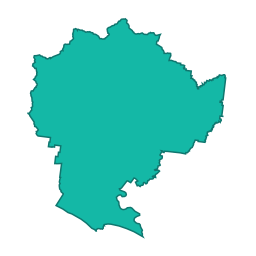 Richmond Valley, New South Wales, Australia, rotated 88°
{"feature_id": "25037944B67552272844427", "entity_name": "Richmond Valley", "entity_type": "district", "adm_level": 2, "iso_a3": "AUS", "parent_name": "Australia", "parent_adm1": "New South Wales", "projection": "albers", "projection_center": [153.029, -29.027], "detail": "fine", "context": "isolated", "style": "filled", "palette": "teal", "viewbox_px": 256, "rotation_deg": 88, "n_neighbors": 0, "source": "geoboundaries", "source_scale": "gbopen_adm2", "svg_char_len": 5737}
<svg xmlns="http://www.w3.org/2000/svg" viewBox="0 0 256 256"><g transform="rotate(88 128 128)"><path d="M224.1,120.1L223.7,122.1L223.1,123.2L221.3,125.0L220.1,125.2L218.4,124.7L217.8,124.0L216.6,122.1L215.7,119.4L214.2,119.4L211.5,123.9L208.2,126.9L207.5,128.3L207.7,131.4L209.0,133.2L209.4,135.2L209.1,136.8L208.3,138.0L207.4,138.7L204.4,139.7L201.6,139.8L199.5,141.5L196.8,142.0L195.1,140.1L194.5,138.3L194.8,137.4L196.4,136.2L196.3,133.7L195.5,132.4L194.2,132.0L192.5,132.6L191.6,133.9L190.0,137.8L189.3,138.5L188.4,138.7L188.2,137.4L187.6,136.5L181.0,131.0L180.9,130.1L182.7,127.2L178.2,123.7L178.8,122.3L181.3,120.1L182.4,122.4L186.1,120.8L185.6,119.7L186.9,117.9L185.8,117.0L185.7,115.5L185.3,114.8L183.5,114.6L183.0,114.1L183.1,113.2L184.3,112.5L184.3,111.5L183.6,110.7L181.3,110.1L181.3,109.2L179.9,108.1L179.8,105.3L179.5,104.6L178.6,104.1L177.4,105.2L176.8,104.5L176.8,103.6L178.2,103.0L178.4,102.1L176.7,102.4L175.5,102.2L174.5,100.5L172.2,98.0L171.4,98.7L171.1,100.3L171.4,102.4L170.8,102.9L170.4,102.4L170.2,100.4L168.4,99.5L167.0,99.3L166.6,97.5L166.2,97.1L163.9,98.0L162.1,97.4L161.4,97.8L160.7,97.2L159.8,95.2L158.9,94.8L157.2,94.7L156.7,96.6L156.1,97.0L152.3,94.8L151.9,95.2L152.0,94.6L153.6,93.8L153.7,92.8L152.5,92.6L152.8,89.2L154.6,76.8L155.9,71.3L154.6,71.0L154.8,69.8L154.4,69.0L153.3,68.4L153.1,67.4L152.4,67.5L150.5,66.1L149.6,64.5L146.9,63.1L145.6,63.1L144.9,62.4L142.4,61.3L142.9,58.3L143.9,58.4L145.0,51.6L144.1,51.1L143.4,51.4L142.9,51.1L142.7,51.4L142.2,50.7L141.6,50.7L140.4,50.0L138.9,50.4L138.2,48.6L137.6,49.0L137.2,48.7L136.3,49.1L134.9,48.8L134.6,48.2L134.7,47.4L133.9,46.9L134.2,45.2L133.6,45.2L133.5,44.6L132.7,44.7L132.7,44.2L131.8,44.2L131.9,43.8L131.1,43.8L130.7,43.2L130.4,43.3L130.4,42.8L129.8,42.3L128.9,42.9L128.7,42.5L128.3,42.7L127.2,41.1L126.7,41.2L126.1,40.7L126.2,40.1L125.5,39.7L126.1,39.2L125.9,38.1L125.1,36.9L124.5,36.8L125.4,35.7L124.8,35.7L124.1,34.7L123.4,34.5L122.3,34.9L122.1,36.1L119.3,35.6L119.8,32.2L119.3,33.9L108.8,32.1L108.6,33.2L105.8,32.8L105.5,35.1L104.4,34.9L104.6,33.4L102.9,33.1L103.1,32.0L81.4,28.6L81.1,29.5L79.5,29.0L78.2,29.6L78.1,30.5L78.8,32.4L78.2,34.8L79.0,35.0L79.3,35.8L80.0,35.9L79.9,36.7L80.4,36.4L81.0,36.8L80.8,37.5L81.6,41.1L81.9,41.4L82.8,41.4L82.6,42.3L83.5,42.7L82.6,44.6L82.8,44.9L83.4,44.9L84.0,45.5L83.3,47.5L85.5,48.6L85.1,49.9L86.2,49.9L87.3,50.4L87.0,51.4L86.4,52.0L87.8,51.7L88.4,52.4L88.1,53.0L88.4,53.9L90.0,54.0L89.3,54.3L89.0,55.2L89.6,56.2L91.3,56.1L91.2,57.1L89.0,57.3L88.8,57.9L87.8,57.6L87.3,58.0L86.9,57.5L86.1,58.2L84.7,58.1L84.5,58.8L83.6,59.1L83.0,60.1L82.4,59.9L81.6,61.5L80.8,61.5L80.5,63.4L78.1,62.3L78.0,63.5L73.3,62.8L72.5,68.0L71.1,67.8L70.8,70.1L70.0,70.4L69.5,69.3L68.6,69.7L67.8,69.2L67.2,70.0L66.6,73.3L65.2,73.1L64.7,76.7L63.3,78.0L63.2,79.2L61.9,82.4L62.0,84.6L59.4,83.8L57.3,82.7L55.0,82.8L54.7,83.5L55.0,84.5L54.4,85.6L54.8,86.6L54.7,89.3L53.7,89.3L51.6,90.0L50.9,91.0L48.7,91.4L46.3,94.9L45.4,96.6L42.7,96.3L41.8,95.4L42.0,94.9L38.9,93.6L37.4,93.4L35.6,92.4L36.4,95.8L36.3,97.3L35.2,98.3L34.0,98.7L33.7,99.3L33.8,101.2L33.3,102.3L33.8,102.6L34.0,104.0L35.3,105.4L34.9,108.8L33.5,110.5L34.4,113.4L34.0,114.4L34.4,116.6L34.1,117.6L33.0,118.9L32.4,119.0L32.1,119.7L30.7,120.4L28.5,123.1L27.8,123.5L26.1,123.4L25.0,123.8L23.9,124.5L23.4,125.4L22.6,125.7L20.4,125.2L18.8,126.9L19.1,127.3L18.9,128.6L19.1,130.8L21.0,132.6L21.0,133.6L23.2,135.0L23.7,135.7L23.8,137.4L24.9,138.2L25.3,140.3L26.7,142.5L26.7,143.3L27.5,144.7L28.4,145.4L31.3,145.1L32.3,144.5L32.6,144.7L33.1,143.8L33.8,143.5L34.8,144.2L35.4,145.3L36.5,146.1L37.4,147.7L38.1,148.0L38.2,150.6L37.7,151.6L37.8,153.0L35.2,154.3L33.5,156.7L33.1,157.7L32.9,159.3L31.6,159.9L31.3,161.6L30.4,162.8L30.7,163.6L30.4,164.8L30.8,166.9L29.6,168.5L29.3,169.7L28.7,170.2L28.5,172.6L27.7,174.1L27.7,175.0L28.5,175.2L27.4,175.8L26.9,177.0L27.2,177.2L27.4,178.8L27.9,179.0L29.4,179.0L32.3,180.0L33.1,179.7L34.9,180.0L35.6,179.5L36.9,179.4L39.0,181.8L39.3,182.8L42.2,183.5L42.2,185.4L42.4,185.9L42.0,187.7L42.3,188.6L42.9,189.1L45.0,189.4L47.1,190.6L48.4,190.3L48.2,191.1L49.3,193.0L50.6,192.9L51.8,193.8L54.1,200.3L55.6,202.7L55.0,202.6L54.9,203.5L56.2,205.9L55.6,207.8L54.8,207.8L54.0,210.7L53.2,211.3L52.9,212.9L51.9,213.7L52.5,217.1L52.5,219.1L54.2,219.6L56.4,218.4L57.1,219.0L57.8,219.1L59.0,218.4L60.8,220.9L61.9,220.8L62.6,221.2L64.0,219.7L65.3,218.9L65.2,217.7L68.3,217.4L69.1,216.9L69.7,217.3L72.1,217.3L72.3,217.8L73.5,218.3L73.8,218.9L74.7,219.0L76.2,220.7L78.1,218.5L79.6,218.2L80.8,217.2L82.3,217.5L83.2,218.5L84.1,218.4L84.4,219.5L87.7,221.7L87.5,222.2L87.7,223.4L89.9,224.2L91.6,223.7L92.3,223.9L94.3,223.0L97.9,222.9L98.8,222.2L100.0,222.7L102.9,222.6L103.7,222.9L104.2,224.0L105.3,223.6L107.0,223.7L107.4,224.4L109.8,226.1L110.0,226.6L109.7,227.3L110.0,227.4L111.0,226.0L112.3,225.7L118.8,221.6L120.7,221.8L121.5,221.2L123.2,221.2L123.7,219.8L126.5,217.8L127.1,217.9L128.2,219.1L128.3,219.7L129.0,219.4L130.4,220.0L131.8,219.2L132.8,218.2L134.8,205.8L139.4,206.6L139.3,207.4L143.9,208.2L144.5,204.6L144.1,204.5L144.5,202.1L142.5,201.8L143.5,195.8L150.0,196.9L149.8,198.3L154.2,199.0L153.8,201.3L161.0,202.4L161.2,199.5L161.1,195.6L174.9,197.9L175.1,197.1L176.5,197.8L179.6,198.5L181.3,197.8L181.9,198.5L183.4,198.7L186.6,198.4L188.1,197.1L189.3,197.2L191.4,195.0L192.0,195.1L203.0,202.6L206.7,195.9L210.4,190.9L211.9,187.1L217.5,178.0L221.7,172.8L226.9,167.7L228.5,164.7L229.7,163.9L229.8,163.3L228.6,163.4L227.5,161.7L227.5,160.4L228.0,158.9L227.8,158.4L228.2,157.1L227.2,156.2L226.2,156.3L224.4,155.6L224.6,155.2L224.0,155.4L223.7,155.1L223.2,151.5L223.5,148.5L225.6,140.3L228.5,132.8L231.8,125.7L237.2,116.9L236.0,117.5L234.4,117.3L232.5,118.0L230.7,117.2L227.5,118.8L225.0,119.3L224.1,120.1Z" fill="#14b8a6" stroke="#0f766e" stroke-width="1.5"/></g></svg>